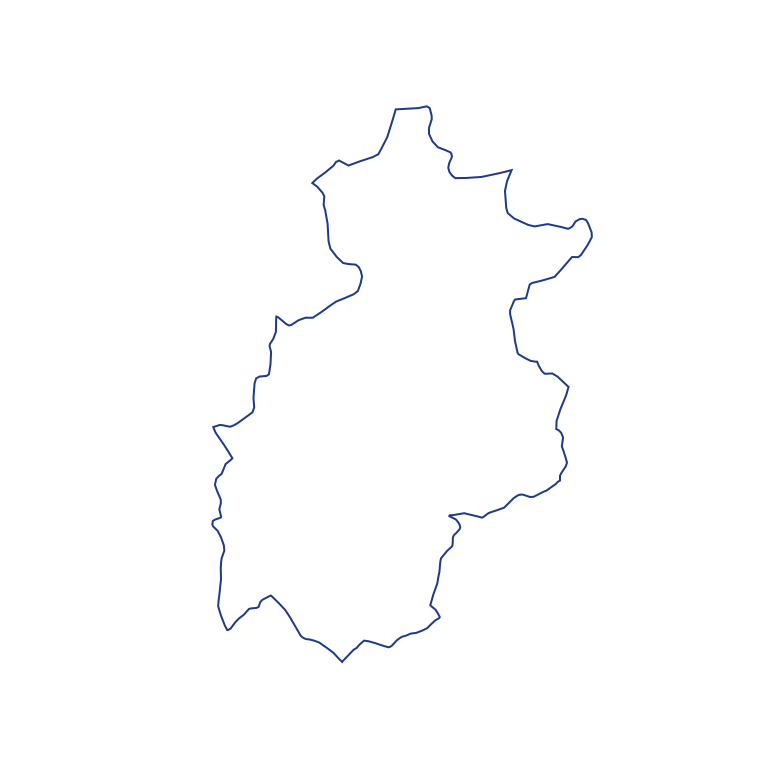 Bac Kan, Bắc Kạn, Vietnam, rotated 241°
{"feature_id": "81297802B17568713952999", "entity_name": "Bac Kan", "entity_type": "district", "adm_level": 2, "iso_a3": "VNM", "parent_name": "Vietnam", "parent_adm1": "Bắc Kạn", "projection": "mercator", "projection_center": [105.845, 22.132], "detail": "fine", "context": "isolated", "style": "outline", "palette": "blue", "viewbox_px": 768, "rotation_deg": 241, "n_neighbors": 0, "source": "geoboundaries", "source_scale": "gbopen_adm2", "svg_char_len": 3862}
<svg xmlns="http://www.w3.org/2000/svg" viewBox="0 0 768 768"><g transform="rotate(241 384 384)"><path d="M594.5,418.7L588.8,421.3L581.2,422.9L577.1,422.8L573.7,420.5L569.8,418.0L564.5,416.8L551.6,412.4L535.7,404.7L528.4,402.7L517.9,404.3L509.6,406.9L506.2,411.0L502.0,417.3L498.3,418.6L493.7,418.4L488.6,416.9L483.0,412.0L478.0,406.2L477.2,401.2L478.4,389.2L479.3,382.1L478.5,373.3L478.5,373.2L478.0,370.2L477.1,361.9L476.5,353.9L480.1,347.3L481.2,340.1L480.6,331.6L481.2,329.3L483.9,327.5L493.7,323.8L495.2,322.5L495.1,322.4L492.1,320.6L487.2,317.8L482.1,314.8L477.2,309.1L474.3,303.6L472.7,302.3L466.8,300.8L456.3,294.3L448.2,288.0L448.0,285.2L450.9,278.7L450.9,274.9L447.3,271.1L434.8,262.9L432.3,261.8L426.4,259.1L423.0,255.2L422.2,249.0L420.7,236.8L420.7,232.2L421.2,228.7L426.0,223.1L427.8,220.5L429.1,213.8L424.1,213.2L421.9,213.2L409.1,214.5L399.9,215.1L392.5,215.4L391.8,212.7L390.8,206.7L384.1,198.4L383.6,195.0L382.4,191.3L377.7,187.2L374.1,186.6L371.1,186.1L367.8,185.8L362.1,185.2L358.8,183.5L354.2,179.2L346.6,177.1L346.3,176.4L347.3,170.2L347.2,167.9L344.3,165.7L342.3,165.5L336.3,167.3L328.8,167.1L320.5,165.7L315.6,163.5L310.5,157.7L307.5,155.4L302.2,152.0L292.3,146.8L278.6,137.2L275.3,134.7L270.0,131.2L260.3,129.1L249.9,127.7L244.9,127.6L244.4,128.4L244.5,131.3L247.8,138.6L249.3,143.8L250.2,149.7L252.7,156.8L252.2,158.9L250.0,163.9L249.8,166.2L253.4,170.3L254.2,173.2L254.1,178.3L253.9,182.4L252.5,183.0L243.5,185.7L234.3,188.0L225.8,188.7L210.1,189.0L204.3,189.1L202.0,189.8L198.9,191.9L196.6,195.1L193.6,198.3L189.3,202.0L180.7,206.2L173.2,209.5L166.3,211.2L161.2,212.6L161.8,214.0L163.5,219.7L166.3,228.5L166.4,232.2L167.8,235.7L169.2,242.2L166.3,246.0L161.5,250.8L155.2,256.6L151.5,260.3L151.2,262.0L151.3,264.0L153.7,271.3L153.8,272.5L154.2,275.4L154.1,277.5L153.3,281.1L152.7,286.5L150.7,291.5L149.8,297.9L149.5,303.2L151.1,308.9L152.4,314.2L152.5,318.7L153.0,319.7L153.1,319.8L156.4,319.9L161.4,319.7L166.3,317.8L168.2,317.3L170.8,320.0L175.9,325.0L183.6,333.8L187.9,337.2L193.0,341.5L201.0,346.9L203.8,349.2L205.0,352.1L207.5,358.5L209.1,365.1L210.3,366.1L212.1,367.3L216.2,369.7L217.9,371.8L218.6,374.9L220.3,379.6L221.5,381.1L224.3,381.9L227.3,381.8L230.7,381.2L235.5,377.9L236.9,377.1L237.3,377.7L235.9,380.7L232.1,391.5L228.5,395.4L222.2,402.3L219.7,404.8L219.5,406.3L220.4,412.7L220.0,415.5L218.8,421.8L217.6,429.0L218.8,433.3L221.3,442.0L221.7,447.0L221.4,448.8L220.1,451.7L214.6,456.7L212.8,460.0L212.4,471.5L212.0,474.3L212.6,479.6L213.3,486.0L214.2,488.5L214.2,491.1L218.5,493.5L220.5,496.5L223.8,503.0L226.6,506.0L231.9,507.2L238.3,508.5L243.2,509.3L250.4,514.7L255.6,515.3L258.7,514.4L261.1,512.8L262.3,513.6L268.0,517.0L276.4,526.0L285.8,537.8L292.0,544.0L292.2,543.9L296.9,542.4L306.5,539.3L311.7,536.2L314.1,531.3L315.2,529.4L319.0,528.3L324.8,528.2L329.3,528.7L330.1,527.3L333.1,523.5L338.3,519.9L345.0,516.0L346.3,516.0L346.7,516.0L358.0,519.4L369.4,524.0L380.9,527.3L384.0,528.2L387.4,530.1L393.6,538.0L394.3,539.7L391.5,546.7L390.2,549.8L400.3,559.6L400.4,561.0L400.6,562.3L397.8,572.6L395.4,583.2L395.0,585.2L398.4,595.0L403.9,609.9L400.8,615.4L401.3,618.7L407.0,629.8L411.7,637.0L416.0,639.1L425.8,640.4L429.5,640.2L432.3,637.7L433.3,635.3L433.3,630.3L430.5,625.2L430.3,622.2L430.5,620.2L435.4,615.1L444.5,604.7L448.8,592.1L453.2,587.3L465.7,578.0L473.5,575.1L478.8,576.3L494.2,583.4L501.8,590.0L509.2,599.3L512.3,587.6L517.8,569.7L524.4,555.7L529.5,546.2L533.2,544.6L537.5,544.0L541.9,545.0L545.3,547.8L549.8,553.6L552.5,554.5L554.2,554.5L558.5,551.3L565.0,545.9L572.8,544.0L580.9,544.6L586.2,547.5L592.4,554.1L595.6,555.8L601.1,557.2L603.3,557.7L606.1,556.0L608.7,547.7L618.5,527.4L611.1,519.9L598.3,506.5L590.6,495.0L587.7,490.4L587.9,484.2L590.5,470.5L592.3,458.9L596.1,456.4L601.3,453.0L601.4,449.5L599.5,445.8L597.4,434.6L596.2,425.0L594.5,418.7Z" fill="none" stroke="#1e3a8a" stroke-width="2"/></g></svg>